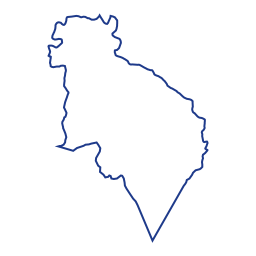 Odsan, Castries, Saint Lucia
{"feature_id": "8701671B52063001665114", "entity_name": "Odsan", "entity_type": "district", "adm_level": 2, "iso_a3": "LCA", "parent_name": "Saint Lucia", "parent_adm1": "Castries", "projection": "albers", "projection_center": [-60.985, 13.974], "detail": "fine", "context": "isolated", "style": "outline", "palette": "blue", "viewbox_px": 256, "rotation_deg": 0, "n_neighbors": 0, "source": "geoboundaries", "source_scale": "gbopen_adm2", "svg_char_len": 5578}
<svg xmlns="http://www.w3.org/2000/svg" viewBox="0 0 256 256"><path d="M58.3,146.4L73.2,150.8L77.0,148.0L83.6,145.8L85.5,144.7L88.9,144.4L91.3,143.6L96.6,142.5L98.2,144.7L100.3,148.2L99.8,151.5L96.1,158.0L95.8,160.8L98.2,165.7L100.3,167.3L100.0,171.9L103.5,174.7L105.3,177.4L108.2,176.8L109.3,175.5L110.6,176.0L111.4,178.5L113.8,179.0L117.0,178.5L120.9,175.5L122.2,175.8L123.8,178.5L124.6,182.6L124.9,185.6L126.5,188.6L129.7,193.5L133.1,198.6L135.7,201.4L137.6,205.2L152.5,240.6L183.8,185.7L185.1,184.1L186.2,182.3L186.8,180.0L189.4,178.6L192.1,174.8L193.0,172.8L195.6,170.3L199.7,169.2L201.0,168.3L202.3,166.9L202.3,164.5L202.0,162.1L202.4,160.0L203.0,158.3L202.6,156.4L203.0,154.7L203.7,154.2L205.2,153.0L207.4,150.4L207.4,150.0L206.8,149.7L205.7,149.0L205.5,148.9L205.4,148.6L205.3,148.4L205.5,148.0L205.8,147.3L206.1,146.9L206.5,146.1L206.8,145.1L207.1,144.2L207.5,143.2L207.4,142.3L207.0,141.6L206.2,141.6L204.7,142.0L204.3,142.1L203.8,141.9L203.4,141.5L203.2,141.1L203.0,140.4L202.9,139.7L202.4,137.1L202.2,136.3L202.2,135.9L202.3,134.7L202.3,134.1L202.1,133.5L201.9,132.8L201.8,132.4L201.9,131.9L202.1,131.4L202.7,130.7L203.2,130.3L203.6,129.9L203.9,129.5L204.3,128.7L204.5,128.4L204.6,127.9L204.6,127.6L204.5,127.1L204.4,126.6L204.4,126.0L204.6,124.2L204.7,123.6L204.7,122.4L204.8,121.8L204.8,121.2L204.8,120.7L204.9,119.9L204.7,119.5L204.3,119.2L203.5,118.8L203.0,118.5L202.6,118.3L202.0,118.1L201.3,117.9L200.5,117.8L199.8,117.7L199.2,117.5L198.4,117.1L197.4,116.3L194.5,113.1L194.0,112.9L193.6,112.6L193.2,112.3L192.8,111.7L192.3,110.1L192.2,109.4L192.2,109.2L192.4,108.0L192.8,106.7L192.6,103.0L192.6,101.2L191.4,100.0L189.7,99.3L186.8,98.8L184.2,97.6L182.6,96.3L179.7,93.5L177.5,92.2L176.6,91.1L172.5,88.7L171.9,88.4L171.4,88.2L170.8,88.0L170.3,87.7L169.8,87.3L168.5,86.4L167.5,85.7L167.2,85.0L166.8,84.0L166.6,83.7L166.1,83.0L165.5,82.2L165.2,81.8L164.7,81.1L164.3,80.8L163.5,80.1L163.0,79.5L162.6,79.1L161.9,78.3L161.3,77.9L160.9,77.6L160.4,77.4L159.9,77.1L159.3,76.7L158.3,76.1L157.3,75.8L156.7,75.6L156.2,75.4L155.8,75.2L155.4,75.1L154.7,74.6L154.3,74.3L154.2,73.7L153.8,73.0L153.6,72.6L153.3,72.1L153.1,71.6L152.7,71.0L152.5,70.7L152.3,70.4L152.0,70.2L150.7,70.2L149.8,70.0L149.3,69.8L147.6,69.3L146.5,68.7L146.0,68.4L145.5,68.2L145.0,67.9L144.0,67.4L143.5,67.1L143.1,66.9L142.5,66.5L141.4,65.9L141.1,65.7L140.4,65.3L139.8,65.0L139.3,64.8L138.9,64.7L137.7,64.8L132.1,64.4L131.3,64.5L130.8,64.5L130.1,64.3L129.7,64.1L129.4,63.8L129.1,63.6L128.8,63.3L128.6,62.9L128.3,62.3L128.0,61.5L127.7,61.1L127.3,60.8L126.9,60.5L126.3,60.1L125.5,59.6L124.9,59.2L124.4,58.9L123.9,58.7L123.4,58.4L123.0,58.1L122.4,57.8L121.9,57.6L120.7,57.1L120.1,56.9L119.2,56.7L118.7,56.5L118.0,56.3L117.6,56.2L116.9,55.9L116.4,55.7L115.9,55.3L115.5,54.8L115.5,54.4L115.3,53.8L115.2,53.4L114.9,52.8L114.8,52.3L114.8,51.8L114.8,51.0L114.9,50.4L115.2,50.3L115.8,50.2L116.2,50.1L117.0,50.0L117.2,49.8L118.2,48.9L119.0,48.1L119.2,47.7L120.9,42.9L120.7,41.1L120.5,40.8L120.3,40.1L120.1,39.8L119.6,39.0L119.3,38.8L114.7,37.0L114.5,36.8L112.9,35.6L112.6,35.2L112.4,33.9L112.5,33.5L115.9,30.5L116.0,30.2L116.2,29.6L116.4,29.1L116.6,28.6L116.6,28.2L116.7,27.7L116.8,27.3L116.9,27.0L117.0,26.4L117.1,25.9L117.1,24.8L117.2,23.3L117.2,22.5L117.2,22.0L117.2,21.3L117.2,20.6L117.0,20.1L116.7,19.8L116.1,19.1L115.9,18.7L115.6,18.3L115.2,17.9L114.8,17.3L114.3,17.1L113.6,16.8L113.4,16.7L112.7,16.4L112.0,16.3L111.5,16.2L111.1,16.0L110.6,15.9L110.3,17.7L109.0,20.5L108.0,22.9L107.1,23.9L105.9,23.7L104.6,23.0L103.9,22.3L101.8,18.9L101.0,17.7L99.6,15.4L99.1,16.4L96.6,18.9L94.0,19.7L91.7,19.7L88.9,18.2L87.7,18.2L85.3,16.9L83.5,16.7L81.1,17.3L78.5,16.2L78.3,16.2L76.4,15.9L71.7,16.6L67.7,17.0L67.0,17.3L66.8,17.7L66.6,18.2L66.4,19.1L66.4,19.8L66.3,20.6L66.2,21.0L66.0,21.6L65.9,22.0L65.6,22.7L65.5,23.1L65.2,23.7L64.9,24.1L64.2,24.8L63.9,24.9L63.4,24.9L63.0,24.7L62.3,24.2L61.8,23.9L61.5,23.5L60.9,22.8L60.1,22.6L59.5,22.4L59.1,22.4L58.3,22.3L57.8,22.5L57.4,22.7L57.0,22.9L56.5,23.5L56.1,24.0L55.8,24.5L55.6,25.0L55.5,25.6L55.5,26.1L55.5,26.9L55.4,27.3L55.4,28.1L55.3,28.3L55.2,29.1L55.0,29.6L54.8,30.3L54.7,30.6L54.4,31.3L54.3,31.8L54.0,32.4L53.8,32.7L53.5,33.4L53.3,33.9L52.8,34.9L52.5,35.6L52.3,36.7L52.3,37.2L52.2,37.6L52.3,37.9L52.5,38.3L53.1,38.8L53.4,39.0L54.2,39.3L54.7,39.5L55.2,39.5L55.5,39.5L56.4,39.4L56.9,39.3L57.4,39.2L57.9,39.1L58.6,38.9L59.2,39.0L59.8,38.9L60.2,39.0L60.9,39.2L61.3,39.3L61.6,39.5L61.8,39.9L61.9,40.2L61.9,41.0L62.0,41.5L62.1,42.1L62.1,42.6L62.0,42.8L61.9,43.0L61.7,43.2L61.4,43.5L60.6,44.2L58.9,45.8L58.3,46.2L58.0,46.6L57.4,46.9L57.1,47.2L56.8,47.4L56.3,47.5L55.7,47.4L55.4,47.3L54.9,47.0L54.2,46.6L53.8,46.4L53.3,46.1L52.1,45.7L51.5,45.6L51.0,45.6L50.6,45.6L49.8,45.6L49.2,45.7L48.8,45.9L48.7,45.9L48.5,46.4L48.7,47.0L48.8,47.6L49.1,48.6L49.4,49.3L49.5,49.8L49.8,50.3L49.9,50.7L50.1,51.6L50.1,51.9L49.9,52.5L49.6,53.4L49.9,52.7L48.6,55.8L49.6,56.5L49.9,56.5L50.4,56.4L50.8,56.7L50.8,57.1L50.7,58.1L50.7,58.5L50.5,59.2L50.0,62.9L50.5,64.5L50.7,66.2L51.6,66.8L53.3,67.2L56.9,66.5L59.5,66.5L60.7,65.8L62.9,65.6L64.9,66.0L65.9,70.1L65.8,71.3L65.3,73.0L65.0,75.7L64.4,78.1L64.6,80.9L64.4,82.2L64.1,84.6L64.1,86.1L65.7,88.3L66.7,90.0L67.6,91.3L68.4,92.2L68.5,92.9L67.8,94.5L66.8,97.6L65.9,100.0L65.1,102.3L64.6,104.6L64.1,106.8L64.0,107.6L64.5,108.5L66.1,111.9L66.5,112.9L66.3,114.0L65.9,115.5L65.4,116.8L64.3,117.4L63.9,119.0L63.5,120.0L63.0,120.8L62.4,121.8L62.2,123.3L62.7,125.6L63.1,127.1L63.1,127.8L63.2,128.4L63.3,128.5L64.2,130.6L65.4,133.6L66.3,137.2L65.3,140.2L65.1,142.4L63.6,144.7L60.9,146.0L59.7,146.0L58.3,146.4Z" fill="none" stroke="#1e3a8a" stroke-width="2"/></svg>